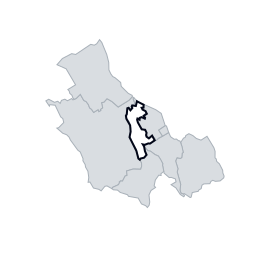 Republic of the Congo shown with its bordering countries, rotated 148°
{"feature_id": "COG", "entity_name": "Republic of the Congo", "entity_type": "country or territory", "adm_level": 0, "iso_a3": "COG", "parent_name": "Africa", "parent_adm1": "", "projection": "equal_earth", "projection_center": [14.374, -0.658], "detail": "coarse", "context": "with_neighbors", "style": "outline", "palette": "ink", "viewbox_px": 256, "rotation_deg": 148, "n_neighbors": 7, "source": "natural_earth", "source_scale": "50m", "svg_char_len": 4649}
<svg xmlns="http://www.w3.org/2000/svg" viewBox="0 0 256 256"><g transform="rotate(148 128 128)"><path d="M182.3,135.7L183.2,148.3L182.8,151.4L183.6,154.8L186.1,158.1L188.4,165.6L186.7,165.0L179.6,166.7L178.3,170.5L179.2,173.1L177.7,185.9L181.9,189.2L183.1,188.2L183.3,194.5L180.0,194.4L176.7,188.7L173.4,187.9L172.5,184.8L169.8,186.7L166.3,185.9L164.9,183.2L160.1,182.8L159.8,181.0L156.3,180.5L150.6,181.8L150.9,174.8L149.5,172.6L149.2,168.9L149.9,165.4L149.0,163.1L148.9,159.4L143.6,159.4L144.0,157.3L141.8,157.3L141.5,158.4L138.8,158.6L137.0,163.5L134.6,162.7L130.3,164.0L127.6,159.0L125.2,151.0L112.3,151.0L107.7,152.3L107.0,150.5L108.2,149.9L109.0,145.8L110.6,144.5L111.8,145.1L113.3,142.9L115.7,142.9L115.9,144.6L117.6,145.7L123.9,137.2L123.7,132.3L125.6,126.5L130.5,120.6L131.0,118.7L131.9,114.5L132.2,105.8L134.4,99.0L135.0,91.3L136.7,88.3L139.1,86.3L145.5,90.5L152.0,92.3L153.9,88.3L155.9,88.8L160.8,85.9L162.5,87.1L164.0,87.0L164.6,85.5L166.2,85.0L172.4,85.8L173.8,85.1L176.5,90.0L178.5,90.8L184.1,88.9L185.2,91.4L189.1,95.4L188.9,102.3L190.6,103.1L187.5,106.8L184.9,112.6L184.7,117.4L183.7,119.7L183.6,124.1L182.4,125.8L181.2,133.0L182.3,135.7Z" fill="#d9dde1" stroke="#a8b0b8" stroke-width="1"/><path d="M65.4,79.1L65.6,65.8L66.5,62.1L70.0,56.6L69.6,55.0L70.5,52.7L69.5,49.2L70.1,42.0L71.4,39.6L72.0,36.3L73.2,35.0L77.9,34.3L82.2,36.5L83.8,38.7L86.0,38.8L88.1,37.4L93.3,40.4L95.6,40.3L98.1,37.8L100.7,37.9L102.0,37.1L107.7,39.2L111.1,35.9L112.1,36.1L115.0,42.5L115.8,42.4L117.6,44.7L116.8,47.8L113.2,52.3L109.6,64.6L107.2,67.0L105.1,74.8L102.1,76.8L99.7,74.4L98.0,74.5L95.4,77.9L94.1,78.0L90.8,87.9L86.3,90.0L84.6,89.7L82.9,91.0L79.4,90.9L77.0,87.2L75.6,82.9L72.5,79.0L65.4,79.1Z" fill="#d9dde1" stroke="#a8b0b8" stroke-width="1"/><path d="M117.2,40.2L118.9,44.0L119.1,51.8L121.5,57.1L115.8,56.9L114.8,59.7L117.4,63.1L119.3,64.1L121.3,70.6L118.4,78.2L117.4,79.3L117.1,88.1L119.2,91.2L121.2,96.4L123.2,98.3L123.9,102.7L123.6,105.9L116.5,103.0L95.9,102.6L96.5,98.0L94.8,94.0L92.8,93.0L91.9,90.4L90.8,89.5L92.0,83.7L94.1,78.0L95.4,77.9L98.0,74.5L99.7,74.4L102.1,76.8L105.1,74.8L107.2,67.0L109.6,64.6L113.2,52.3L116.8,47.8L117.6,44.7L115.8,42.4L116.0,40.5L117.2,40.2Z" fill="#d9dde1" stroke="#a8b0b8" stroke-width="1"/><path d="M173.8,85.1L172.4,85.8L166.2,85.0L162.5,87.1L160.8,85.9L155.9,88.8L153.9,88.3L152.0,92.3L145.5,90.5L139.1,86.3L136.7,88.3L135.0,91.3L134.6,95.4L128.8,94.1L126.2,97.2L123.9,102.7L123.2,98.3L121.2,96.4L119.2,91.2L117.1,88.1L117.0,83.9L117.4,79.3L118.4,78.2L120.6,72.2L124.3,71.8L125.1,70.2L126.9,71.7L132.4,69.4L136.5,65.1L136.1,63.0L141.6,62.8L145.7,60.1L148.8,53.7L151.0,51.3L153.7,50.3L154.2,52.8L156.8,56.5L156.5,63.2L163.8,69.8L163.8,71.7L168.7,77.4L169.8,80.9L173.1,83.3L173.8,85.1Z" fill="#d9dde1" stroke="#a8b0b8" stroke-width="1"/><path d="M103.0,102.8L107.8,103.2L110.4,102.4L111.0,102.7L110.6,105.3L111.9,108.4L115.1,107.9L116.2,109.1L114.3,116.0L116.4,119.5L116.9,124.1L116.3,128.0L115.0,130.8L111.1,130.6L108.7,127.7L108.4,130.4L105.4,131.1L103.9,132.6L105.6,136.5L102.2,139.8L94.8,128.9L92.1,122.8L95.2,110.2L103.1,109.9L103.0,102.8Z" fill="#d9dde1" stroke="#a8b0b8" stroke-width="1"/><path d="M95.9,102.6L103.0,102.8L103.1,109.9L95.2,110.2L94.3,109.3L95.9,102.6Z" fill="#d9dde1" stroke="#a8b0b8" stroke-width="1"/><path d="M110.6,144.5L109.0,145.8L108.2,149.9L107.0,150.5L105.9,146.1L109.0,142.5L110.6,144.5ZM107.7,152.3L112.3,151.0L125.2,151.0L127.6,159.0L130.3,164.0L134.6,162.7L137.0,163.5L138.8,158.6L141.5,158.4L141.8,157.3L144.0,157.3L143.6,159.4L148.9,159.4L149.0,163.1L149.9,165.4L149.2,168.9L149.5,172.6L150.9,174.8L150.6,181.8L156.3,180.5L158.3,180.8L158.8,182.6L158.2,185.5L159.0,188.2L158.3,190.4L158.6,192.5L149.6,192.4L149.1,211.0L154.7,219.3L146.8,221.7L136.4,220.9L133.4,218.1L115.3,218.7L112.7,216.1L109.9,216.0L105.3,218.0L104.9,214.4L107.1,201.5L109.6,193.8L113.4,187.4L113.9,183.0L113.7,179.7L112.4,177.6L110.1,170.5L111.7,166.9L109.4,157.2L107.2,153.5L107.7,152.3Z" fill="#d9dde1" stroke="#a8b0b8" stroke-width="1"/><path d="M102.4,139.4L104.0,137.1L105.7,137.9L105.9,135.9L104.2,133.0L104.5,130.1L108.2,130.0L108.1,127.6L108.8,127.0L110.6,129.9L112.7,130.4L113.8,128.9L115.0,131.0L115.9,130.2L116.7,127.4L117.1,119.6L114.4,117.4L114.8,114.1L116.4,112.5L116.9,110.8L115.8,108.1L111.6,108.8L111.9,103.4L117.6,103.1L119.0,104.2L122.7,104.8L124.1,106.2L124.2,103.7L125.9,99.4L126.5,95.4L130.2,94.3L133.3,95.4L134.8,94.8L135.4,96.6L133.0,104.2L131.6,119.4L127.7,123.5L124.8,129.1L124.5,136.7L123.3,139.5L121.7,140.4L118.1,145.1L116.8,144.8L116.6,141.7L113.8,142.6L113.5,144.2L112.5,144.9L109.7,142.5L106.3,145.9L102.4,139.4Z" fill="none" stroke="#020617" stroke-width="2"/></g></svg>